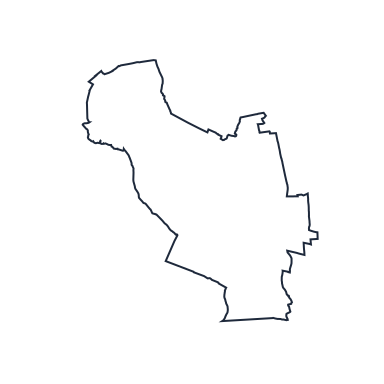 Tatarusi, Suceava, Romania (Robinson projection), rotated 203°
{"feature_id": "2599482B10638600477731", "entity_name": "Tatarusi", "entity_type": "district", "adm_level": 2, "iso_a3": "ROU", "parent_name": "Romania", "parent_adm1": "Suceava", "projection": "robinson", "projection_center": [26.571, 47.355], "detail": "fine", "context": "isolated", "style": "outline", "palette": "slate", "viewbox_px": 384, "rotation_deg": 203, "n_neighbors": 0, "source": "geoboundaries", "source_scale": "gbopen_adm2", "svg_char_len": 5974}
<svg xmlns="http://www.w3.org/2000/svg" viewBox="0 0 384 384"><g transform="rotate(203 192 192)"><path d="M113.7,85.0L68.6,107.4L68.2,107.8L65.9,108.1L63.6,108.6L60.9,109.7L59.3,109.8L58.2,110.3L57.3,110.5L55.0,110.9L53.9,111.7L54.1,111.9L54.4,112.5L54.9,112.7L55.6,113.6L56.3,114.0L56.8,114.8L57.4,116.5L57.4,116.8L57.0,117.3L56.1,118.4L55.7,118.8L55.1,119.5L54.7,120.2L54.7,120.3L56.4,122.3L57.8,124.3L58.9,124.9L59.2,125.2L59.5,125.9L59.4,126.0L57.0,127.8L57.2,128.5L56.9,129.5L58.1,130.8L59.1,131.6L59.5,131.9L61.0,132.6L61.5,133.1L61.9,133.3L62.0,133.9L62.1,134.1L62.5,134.3L63.1,134.0L63.5,134.3L63.9,134.4L64.2,134.7L64.6,134.7L65.0,135.0L66.4,136.9L68.4,138.4L70.3,139.3L71.3,140.1L72.4,141.7L73.4,143.0L73.9,144.1L74.9,145.7L76.2,148.9L76.5,150.9L77.0,152.9L77.5,154.4L77.6,154.7L77.8,155.0L72.0,156.2L71.9,155.9L70.5,156.1L70.9,157.4L71.8,159.3L72.1,162.0L72.2,163.1L72.4,164.5L72.6,165.4L73.7,168.1L74.4,169.7L74.8,170.2L76.9,171.9L80.4,173.7L81.4,175.2L71.7,176.9L69.5,177.1L63.9,178.0L64.9,180.1L67.0,184.0L69.4,188.9L63.4,190.1L62.0,190.2L63.0,192.0L64.4,194.7L58.0,197.9L60.8,203.9L62.2,203.5L64.4,203.1L67.3,202.8L69.4,202.7L70.2,204.3L70.6,205.8L70.5,206.5L70.6,207.0L70.9,208.0L72.0,210.1L72.4,211.0L75.0,215.5L75.0,215.8L75.2,216.2L76.7,219.6L77.0,220.0L78.6,223.6L79.6,225.6L80.9,227.8L81.8,229.5L82.2,230.6L83.1,232.4L84.0,233.9L84.2,234.5L84.9,235.8L85.6,234.9L88.0,232.4L90.2,232.4L93.8,230.4L93.0,229.3L103.0,225.0L103.7,227.4L104.8,231.5L105.5,233.3L107.1,236.0L108.0,236.9L108.5,237.8L109.0,238.3L113.0,243.9L120.1,254.1L120.7,255.1L121.6,256.2L122.9,258.0L123.2,258.1L125.9,261.9L126.6,263.1L128.1,265.4L129.1,266.7L129.7,267.6L131.1,269.7L132.3,271.4L133.1,272.2L137.7,279.0L143.1,276.3L144.0,277.9L144.4,278.1L152.9,273.0L153.3,273.4L153.5,273.9L153.7,274.4L154.4,275.0L157.5,279.7L157.9,280.1L153.4,282.4L152.6,283.4L152.4,283.8L155.0,285.4L156.2,286.8L155.2,287.8L154.6,288.5L154.3,289.1L154.1,290.5L153.8,291.0L157.0,292.9L161.8,289.8L162.2,289.3L163.7,288.4L172.0,282.6L174.4,280.9L176.4,279.6L176.4,278.6L176.1,277.6L176.2,277.0L176.0,276.5L175.5,275.6L175.5,274.8L175.5,273.3L175.8,272.4L175.8,269.9L175.6,269.5L175.2,268.9L175.1,268.5L175.1,268.3L175.6,267.9L175.6,267.6L175.5,267.2L175.2,266.5L175.2,266.0L175.5,265.1L175.7,264.7L175.5,262.6L175.3,262.4L174.0,262.3L173.5,262.0L173.3,260.9L173.6,260.3L174.2,259.9L174.8,260.0L177.7,259.2L180.7,258.9L180.9,258.3L181.3,257.8L181.0,255.2L181.1,254.6L182.2,253.5L182.6,253.0L182.8,252.5L183.1,252.4L183.5,252.0L183.8,251.8L186.4,252.2L186.4,253.6L186.6,254.9L190.3,255.0L190.5,255.4L192.2,255.4L193.3,255.9L196.2,255.9L201.3,256.0L201.1,252.9L203.4,253.0L210.8,253.4L222.7,254.2L242.0,256.0L242.6,257.1L243.1,257.4L243.4,257.6L243.9,258.6L244.4,258.9L244.7,259.1L249.3,263.4L249.7,264.0L250.3,264.4L251.4,264.3L251.9,264.6L252.2,265.4L252.7,266.0L254.0,266.8L254.1,267.0L254.5,269.0L254.8,269.5L256.4,269.6L256.6,269.7L256.7,269.9L256.7,270.4L257.0,270.7L257.8,271.2L258.5,271.3L259.7,272.3L260.2,273.9L260.2,274.6L261.3,278.7L261.4,279.2L261.4,280.3L262.2,282.5L262.8,283.8L263.2,284.3L263.3,284.7L264.2,285.8L268.9,289.9L271.1,292.4L272.7,293.8L274.9,296.3L276.8,299.0L278.9,298.4L289.8,291.7L290.9,290.9L292.5,290.4L293.5,289.9L296.7,287.5L300.4,285.0L306.9,280.8L308.1,279.4L308.8,279.3L310.4,275.8L312.6,272.5L312.4,272.3L315.1,269.2L318.6,266.2L319.5,266.5L320.3,266.4L320.9,266.8L322.4,267.5L322.8,267.9L326.3,261.4L325.9,261.4L330.1,253.2L325.2,252.4L326.0,245.6L325.8,245.6L325.0,240.4L324.9,239.4L323.7,233.2L322.7,231.2L319.7,224.6L317.0,218.7L316.4,218.1L314.3,216.3L313.9,216.1L313.6,216.2L314.1,215.4L315.0,214.7L315.9,214.1L317.5,213.4L318.0,213.0L318.8,212.1L318.9,211.2L317.0,210.2L315.6,209.6L314.3,208.9L312.9,208.7L311.9,207.9L311.5,206.9L311.0,206.1L310.4,205.4L309.5,204.6L309.5,204.4L309.7,204.1L309.7,203.8L309.2,202.3L309.3,201.8L309.1,201.5L308.5,200.8L307.9,200.4L307.1,200.2L306.4,200.0L305.7,200.0L305.3,199.8L304.7,199.5L303.0,199.6L302.9,199.7L302.7,200.1L302.1,199.7L301.3,199.2L300.1,199.2L299.5,199.4L298.0,200.5L297.7,200.6L296.6,200.7L296.3,200.8L296.1,201.1L296.1,201.4L296.2,202.3L296.4,202.8L296.3,203.4L296.1,203.3L296.1,202.7L295.8,201.7L295.6,201.4L295.4,201.1L294.4,200.9L293.8,201.0L292.5,201.7L292.4,202.1L292.0,201.9L291.2,202.5L290.6,202.9L289.8,202.9L288.7,202.9L288.0,202.8L287.3,202.8L285.8,203.2L284.8,203.7L283.8,202.4L283.0,202.4L282.6,202.3L281.4,201.7L281.0,201.4L279.2,201.8L278.5,202.0L277.9,202.6L277.4,202.8L276.8,202.3L275.9,202.6L273.3,202.8L272.1,202.9L271.7,203.0L271.4,203.2L271.1,203.6L271.2,203.9L271.4,204.4L271.6,205.0L270.2,204.1L269.2,203.7L264.8,201.1L263.9,200.3L263.3,199.6L262.8,199.2L259.4,195.6L259.0,195.1L258.7,194.6L258.3,193.6L257.9,193.2L257.0,192.8L256.5,192.2L255.0,190.8L254.5,189.3L253.4,187.0L250.7,180.1L249.9,178.7L246.7,174.7L246.5,174.2L245.5,172.9L242.1,170.7L240.8,169.7L239.9,168.5L239.2,167.0L238.7,166.3L238.6,166.0L236.6,165.0L234.1,163.9L232.5,163.0L231.7,163.0L231.4,163.1L230.4,163.1L229.8,162.9L226.1,160.9L224.1,159.9L223.3,159.7L221.8,158.4L220.8,157.4L220.1,156.9L218.3,157.1L217.7,157.3L217.5,157.2L217.0,157.3L216.5,157.2L216.0,157.4L208.1,154.1L205.0,152.5L203.0,152.0L202.2,151.7L200.7,150.9L198.6,149.4L196.8,148.5L195.7,148.2L194.6,148.1L193.7,147.7L192.8,147.6L192.0,147.3L190.7,146.6L190.1,146.4L189.7,146.5L189.5,147.0L189.0,147.0L188.6,146.6L188.5,146.4L188.5,146.1L189.0,140.2L189.2,118.1L159.4,119.2L159.0,118.8L148.0,119.3L144.5,118.7L143.8,118.6L142.3,119.5L141.9,119.6L141.4,119.6L140.0,119.2L139.5,118.9L133.2,119.0L132.3,118.9L132.0,118.6L131.8,118.3L131.4,118.2L123.2,117.3L123.3,116.5L123.2,116.0L123.2,114.1L123.1,113.8L122.7,113.0L122.6,112.1L122.3,111.2L122.1,110.3L121.4,108.3L120.7,107.2L119.6,106.2L118.3,104.4L117.6,103.7L117.2,103.0L116.3,102.1L115.5,101.5L114.6,100.6L113.2,98.0L112.8,97.0L112.3,95.1L112.3,94.3L112.6,92.5L112.5,91.3L112.7,90.6L112.6,90.3L112.5,89.1L112.7,87.5L113.1,85.9L113.7,85.0Z" fill="none" stroke="#1e293b" stroke-width="2"/></g></svg>